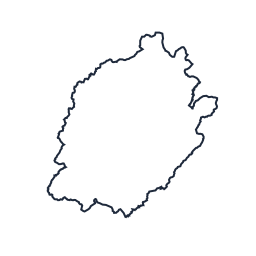 outline of Muong Te, Lai Chau, Vietnam, rotated 255°
{"feature_id": "81297802B94651516294700", "entity_name": "Muong Te", "entity_type": "district", "adm_level": 2, "iso_a3": "VNM", "parent_name": "Vietnam", "parent_adm1": "Lai Chau", "projection": "natural_earth1", "projection_center": [102.647, 22.474], "detail": "fine", "context": "isolated", "style": "outline", "palette": "slate", "viewbox_px": 256, "rotation_deg": 255, "n_neighbors": 0, "source": "geoboundaries", "source_scale": "gbopen_adm2", "svg_char_len": 5792}
<svg xmlns="http://www.w3.org/2000/svg" viewBox="0 0 256 256"><g transform="rotate(255 128 128)"><path d="M153.6,209.4L154.6,208.7L156.5,208.4L158.5,207.3L161.0,204.3L161.4,202.6L161.3,201.1L161.7,200.5L162.4,200.0L162.5,199.5L164.0,199.0L164.2,198.4L164.6,198.7L165.4,197.7L166.8,197.4L168.4,197.5L169.6,198.4L169.5,200.2L170.0,202.0L170.5,203.2L173.0,206.8L173.8,206.1L177.5,204.3L178.3,203.2L178.4,201.8L178.8,201.5L180.2,201.4L181.3,201.9L183.3,204.5L184.2,203.7L185.5,203.3L187.8,203.8L191.0,202.9L191.6,202.6L191.9,202.0L192.0,200.5L191.3,198.9L191.1,197.6L190.2,196.0L189.8,194.2L184.9,191.1L185.2,189.5L185.6,188.9L187.9,187.3L190.2,187.0L192.5,184.9L192.9,184.1L194.0,184.1L196.6,183.2L201.8,183.3L204.0,184.1L205.2,185.0L210.3,185.6L212.0,183.1L213.0,179.4L210.7,178.0L210.0,174.5L210.7,173.1L211.4,173.1L211.8,172.7L213.2,170.3L213.3,169.5L212.0,167.3L212.6,165.2L209.2,162.4L204.7,161.2L204.2,160.4L203.0,160.4L200.3,162.5L199.1,158.5L199.1,156.7L197.6,155.3L196.8,153.7L195.8,152.8L195.0,147.7L194.5,146.8L194.7,144.7L194.3,142.9L194.7,141.7L195.6,140.6L196.5,137.8L195.4,134.7L194.7,134.2L195.2,133.2L195.3,131.2L195.7,130.2L197.1,129.6L198.1,129.6L199.0,128.3L198.3,125.8L198.5,124.7L197.3,123.0L197.3,121.6L196.9,121.0L196.8,119.6L197.1,119.0L196.6,117.7L195.4,117.5L193.7,116.8L193.5,115.9L193.7,114.4L193.0,113.2L193.5,112.4L191.9,111.7L191.2,111.7L190.9,110.8L189.7,110.2L188.4,108.9L188.6,108.1L190.2,106.6L190.2,106.3L189.7,105.7L189.2,105.6L189.5,105.3L189.3,104.7L188.7,104.9L188.6,104.4L188.2,104.2L187.8,104.5L187.1,103.5L185.4,102.1L185.5,101.5L186.3,100.8L186.6,99.1L183.7,96.9L184.0,96.5L184.0,94.8L184.8,94.6L185.5,93.2L184.7,90.9L183.9,90.4L183.4,90.5L182.9,90.3L182.8,89.6L181.3,88.1L181.7,87.0L179.7,86.1L178.2,86.4L176.8,86.0L176.1,85.2L176.3,84.0L176.2,83.6L173.9,82.3L173.4,82.4L171.9,81.3L170.7,81.4L169.7,82.8L167.8,81.9L165.6,82.5L163.7,81.5L162.4,81.4L161.7,79.7L160.9,78.7L161.5,77.5L162.0,77.2L161.9,76.9L162.3,76.1L161.6,75.5L159.5,75.2L158.8,74.8L156.3,74.9L155.3,73.8L154.4,72.1L153.5,71.5L153.9,70.3L152.7,68.4L152.3,68.8L149.9,68.6L149.0,69.2L148.3,68.8L147.9,68.2L146.8,67.4L146.7,66.0L146.1,65.0L145.5,65.0L144.6,65.5L143.9,64.9L142.3,64.5L142.2,61.4L141.7,60.5L140.8,60.2L140.5,59.5L139.6,59.7L136.8,57.6L136.5,57.7L136.3,58.4L135.3,59.0L132.2,59.6L131.4,60.2L129.5,61.0L128.5,61.9L128.2,60.8L127.3,59.5L126.3,58.7L125.4,58.7L124.0,56.9L122.0,55.5L119.5,52.2L118.3,51.5L118.1,50.8L117.3,49.7L116.4,49.7L115.8,48.6L114.4,48.7L113.9,49.0L112.7,50.5L110.9,52.0L110.6,53.4L110.5,55.1L110.7,55.4L110.4,56.7L108.9,57.1L107.0,57.2L106.3,57.8L106.0,56.5L106.3,55.5L105.4,54.4L105.5,52.9L105.2,52.7L105.1,51.8L103.7,49.6L102.3,49.3L102.3,48.8L101.6,48.3L101.6,47.7L101.1,46.9L101.2,46.5L100.8,46.2L101.2,45.8L100.9,45.5L101.2,44.6L99.9,44.4L97.5,41.5L97.4,41.0L95.9,39.8L95.1,39.7L94.0,38.5L93.2,38.2L92.7,37.2L92.1,37.1L92.1,36.5L90.8,35.0L89.7,35.4L88.8,34.4L88.2,34.6L87.8,34.2L86.2,34.6L85.9,35.0L84.0,34.9L83.6,35.5L83.7,36.8L83.4,37.3L82.9,37.6L82.6,37.4L81.3,37.2L78.3,38.6L77.6,40.2L77.6,40.9L76.4,41.7L76.1,43.3L76.5,43.9L76.6,44.7L75.8,45.8L76.4,46.8L77.2,47.4L77.5,49.0L76.8,49.2L75.5,50.5L75.1,50.4L74.3,51.1L73.4,53.1L73.8,53.7L73.8,54.2L73.0,55.0L72.4,56.3L72.5,57.2L72.1,58.5L70.2,60.1L69.1,61.4L67.9,61.3L66.8,62.0L66.3,63.3L64.9,63.7L61.3,61.7L59.3,63.4L58.6,64.5L59.8,68.9L60.6,70.4L62.2,71.9L63.8,76.8L64.7,77.1L65.0,76.6L66.3,76.3L67.2,76.8L67.8,77.9L67.8,78.3L67.2,78.8L65.4,78.8L63.9,79.4L62.6,81.4L60.6,83.6L59.4,86.8L55.6,91.6L53.3,92.1L51.8,91.7L50.8,92.7L49.6,92.6L49.2,94.8L49.9,95.8L50.1,96.8L51.4,98.1L51.5,99.7L47.1,101.8L42.9,102.5L43.0,103.2L42.7,103.3L43.2,104.1L42.8,104.8L43.3,105.0L42.9,105.3L43.4,105.6L43.1,106.6L43.9,106.7L44.3,107.7L44.8,108.2L44.8,108.8L45.2,109.7L46.1,109.6L46.1,110.2L47.4,111.5L48.3,111.3L47.8,112.4L47.1,113.2L47.4,113.4L47.2,113.8L47.4,114.6L48.0,115.2L48.6,116.6L48.5,117.5L49.2,117.6L48.8,118.3L49.8,118.4L49.4,119.2L49.4,120.1L49.8,120.4L49.5,121.4L49.8,122.2L49.5,122.9L52.2,123.0L52.7,123.4L52.5,124.7L53.3,127.7L54.5,127.6L55.4,128.7L57.1,128.8L58.0,129.5L59.2,129.5L59.8,131.1L61.1,132.1L60.6,138.4L62.2,140.6L62.0,142.1L62.6,145.0L62.0,145.0L60.8,144.1L60.8,145.1L61.1,145.9L60.3,146.8L59.6,147.1L60.1,148.3L60.5,148.7L60.8,149.7L61.5,150.4L62.5,150.1L63.0,150.4L64.0,151.7L64.4,153.1L65.3,154.2L67.3,154.2L68.8,155.5L69.2,156.5L69.1,157.9L69.7,159.7L71.2,160.4L72.2,161.2L73.4,161.0L74.5,162.3L75.6,162.9L76.3,164.1L76.5,165.1L77.5,166.0L77.5,168.7L79.3,169.9L80.8,172.3L81.9,173.0L82.1,175.3L84.0,177.3L84.7,179.0L85.6,179.6L86.3,180.6L86.1,181.8L86.2,182.5L87.1,183.5L87.5,183.1L87.8,183.3L89.0,184.7L90.7,187.7L91.2,188.6L91.0,189.6L91.8,191.0L92.1,193.1L93.5,194.2L94.9,195.8L97.2,197.6L98.0,197.6L98.4,198.3L100.0,198.8L102.7,198.2L103.7,196.4L103.9,195.1L105.0,193.3L108.9,193.2L109.9,194.4L110.6,194.9L111.0,195.7L112.6,196.8L112.8,197.6L114.4,198.5L115.5,199.9L116.6,199.6L118.1,200.8L119.2,201.2L119.5,203.3L118.4,204.8L118.8,206.4L118.4,207.2L118.9,207.9L119.1,208.9L118.7,210.5L119.0,212.2L120.2,212.6L121.7,215.4L123.2,215.4L123.6,215.7L123.8,217.5L124.4,218.8L125.9,219.6L128.5,219.2L129.4,219.3L131.2,220.4L132.1,221.3L133.8,221.8L135.0,220.0L135.5,218.3L136.5,217.1L136.9,214.0L138.8,212.1L139.3,208.9L138.2,205.3L136.6,202.5L136.6,200.6L135.3,199.2L134.6,198.1L132.4,197.4L131.8,196.2L130.1,195.5L130.2,195.1L131.7,194.5L134.0,192.7L135.1,193.9L135.1,194.4L137.0,196.1L138.2,196.8L137.9,197.4L138.8,197.9L139.2,197.5L140.4,197.9L140.6,198.4L141.5,198.7L142.6,200.0L143.8,199.1L144.0,199.9L144.6,199.5L145.5,200.2L147.5,200.1L147.4,201.0L147.9,200.9L148.0,201.7L148.6,201.5L149.0,201.7L148.9,202.4L150.1,203.0L150.3,204.5L151.0,204.7L151.1,205.7L152.3,206.4L152.5,207.0L152.9,207.3L152.8,208.6L153.6,209.4Z" fill="none" stroke="#1e293b" stroke-width="2"/></g></svg>